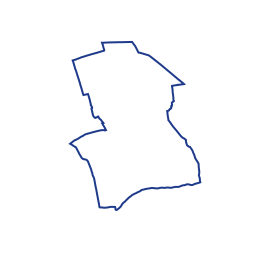 Verbita, Dolj, Romania (Natural Earth projection), rotated 52°
{"feature_id": "2599482B41750361793575", "entity_name": "Verbita", "entity_type": "district", "adm_level": 2, "iso_a3": "ROU", "parent_name": "Romania", "parent_adm1": "Dolj", "projection": "natural_earth1", "projection_center": [23.176, 44.286], "detail": "fine", "context": "isolated", "style": "outline", "palette": "blue", "viewbox_px": 256, "rotation_deg": 52, "n_neighbors": 0, "source": "geoboundaries", "source_scale": "gbopen_adm2", "svg_char_len": 5636}
<svg xmlns="http://www.w3.org/2000/svg" viewBox="0 0 256 256"><g transform="rotate(52 128 128)"><path d="M215.3,104.5L215.0,104.3L213.9,103.8L213.1,103.3L212.2,102.6L210.3,101.8L209.2,101.4L208.8,101.2L208.4,100.7L207.9,100.1L207.6,99.8L206.4,98.8L205.3,98.1L203.1,96.8L202.1,96.1L201.6,95.8L201.2,95.5L200.3,94.9L199.8,94.5L199.6,94.4L197.1,94.0L194.3,93.8L193.7,93.6L193.3,93.6L192.0,93.2L190.4,92.5L189.8,92.3L188.9,92.1L188.3,92.0L185.3,91.1L183.5,90.9L182.5,90.9L182.0,90.9L181.3,90.8L181.2,90.8L180.8,91.0L180.0,91.6L179.2,91.8L178.3,92.0L178.1,92.1L176.5,91.6L175.0,91.0L174.5,90.8L174.2,90.6L173.9,90.4L173.6,90.1L173.2,89.7L172.5,89.8L171.7,90.0L170.9,90.3L170.5,90.3L170.4,90.4L170.0,90.6L169.3,90.9L169.1,91.0L167.9,91.2L167.4,91.3L166.5,91.3L166.1,91.3L161.2,91.4L160.8,91.4L160.4,91.4L159.8,91.4L157.4,91.5L153.9,91.6L152.1,91.5L150.8,91.4L147.6,91.3L146.6,91.3L146.3,91.0L142.2,88.8L140.7,87.8L138.8,86.7L138.7,86.6L138.9,86.2L139.2,85.8L139.3,85.4L139.3,84.9L139.3,84.6L139.0,84.1L138.9,83.8L138.8,83.6L138.8,83.4L138.9,83.1L139.1,82.9L139.1,82.7L138.9,81.8L138.8,81.5L138.6,81.3L138.2,81.2L138.0,80.7L137.4,80.5L137.3,80.4L137.2,80.1L137.2,79.8L137.2,79.6L137.3,79.5L136.6,78.8L136.4,78.8L135.5,78.2L135.3,78.0L135.1,77.9L135.0,77.4L135.0,77.0L134.9,76.7L135.0,76.3L135.1,75.8L135.1,75.5L135.1,75.3L134.8,75.1L133.8,74.9L133.6,74.7L133.1,74.4L132.3,73.8L132.0,73.6L131.7,73.4L131.3,73.1L127.9,71.1L126.7,70.4L126.0,69.8L125.4,69.4L122.0,67.5L121.9,67.4L123.0,65.3L124.6,62.5L124.7,62.2L124.7,61.9L125.1,61.6L125.2,61.4L125.6,60.8L126.2,59.8L126.4,59.3L127.5,57.5L127.9,56.8L127.7,56.8L123.7,57.7L118.9,58.8L99.2,63.0L89.2,65.4L84.1,66.7L83.3,67.1L78.1,70.8L75.9,72.4L75.3,73.1L75.2,73.2L75.1,73.3L73.5,73.0L69.5,72.2L67.4,71.9L65.8,71.9L62.7,71.8L60.7,74.5L59.6,76.0L58.7,77.1L57.8,78.4L56.4,80.3L55.1,81.9L52.2,85.9L51.3,87.0L50.0,88.8L47.8,91.8L45.7,94.8L44.8,96.0L46.1,96.4L46.7,96.6L47.1,96.7L48.5,97.3L49.0,97.6L49.5,97.9L50.2,98.1L50.9,98.3L51.3,98.5L51.8,98.7L52.2,98.9L52.3,99.1L52.3,99.4L52.0,100.1L51.5,101.2L50.0,105.1L49.8,105.6L46.9,112.6L46.6,113.6L46.0,114.9L44.8,118.1L44.7,118.5L44.4,119.1L43.5,121.6L43.3,122.1L43.2,122.7L42.9,123.8L42.2,125.7L42.0,126.3L41.9,126.9L41.9,127.1L40.8,129.7L40.7,130.0L41.7,130.3L42.3,130.5L44.7,131.5L46.6,132.2L47.5,132.6L48.7,133.1L50.4,133.6L51.4,133.9L56.0,135.7L57.5,136.2L59.9,137.1L60.6,137.4L63.2,138.3L64.9,139.1L68.7,140.5L72.8,142.2L74.6,142.8L75.1,141.8L75.8,140.2L76.2,139.5L76.6,138.6L76.9,138.7L80.2,140.0L81.3,140.4L83.5,141.4L84.1,141.7L84.7,142.0L85.6,142.3L86.4,142.7L86.6,142.8L86.7,143.0L86.9,143.2L87.3,143.2L88.8,143.4L89.3,143.5L90.0,143.8L90.2,144.1L90.1,144.8L91.2,145.3L92.3,145.8L93.4,146.3L94.2,146.7L95.0,147.1L95.4,147.3L95.9,147.5L96.5,147.7L97.0,147.9L98.2,148.0L98.4,148.0L99.1,147.8L99.8,147.7L100.0,147.4L99.8,147.2L100.0,147.0L100.1,146.9L100.2,146.5L100.4,145.5L100.4,145.0L100.5,144.5L100.7,144.4L101.0,144.5L101.3,144.6L101.5,144.5L101.8,144.6L102.5,144.7L103.1,144.7L104.1,144.5L104.7,144.4L105.4,144.3L107.5,144.5L108.1,144.3L108.3,144.2L109.0,144.3L108.6,145.5L109.2,145.5L110.5,145.8L112.3,146.0L113.4,146.1L114.0,146.3L114.8,146.4L115.3,146.5L115.5,146.6L115.8,146.7L116.1,146.7L115.9,147.4L115.6,147.8L114.9,148.2L114.7,148.4L114.6,148.6L114.4,148.9L113.9,149.5L113.6,149.9L113.5,150.1L112.9,151.2L111.7,153.7L110.2,157.1L108.5,161.2L107.1,164.5L106.8,165.5L106.6,166.4L106.5,168.1L106.4,168.6L106.0,170.4L105.8,172.5L105.8,173.0L105.6,174.7L104.8,178.0L104.8,180.1L104.8,181.1L104.8,183.3L105.9,182.8L106.8,182.5L108.2,182.1L109.2,181.7L110.1,181.4L111.3,180.9L113.0,181.3L115.5,181.7L117.6,182.1L117.9,182.2L118.2,182.3L120.1,182.5L122.9,182.9L123.2,182.9L124.1,182.6L124.9,182.5L125.2,182.3L125.6,181.8L127.0,180.6L127.4,180.4L128.0,180.2L128.5,180.1L129.1,180.2L129.8,180.1L130.6,180.4L133.0,181.1L133.4,181.2L134.3,181.5L136.8,182.2L137.8,182.5L139.4,183.2L141.0,183.8L141.4,183.8L141.7,184.0L142.1,184.2L142.4,184.4L143.1,184.8L143.4,184.8L143.7,184.9L144.2,185.1L144.9,185.3L145.9,185.4L146.5,185.6L147.4,186.0L154.4,189.7L156.4,190.6L159.6,192.3L161.5,193.3L166.0,195.6L169.1,197.2L172.6,199.1L173.0,199.2L173.9,198.3L174.4,197.6L175.9,196.1L176.1,196.0L176.2,195.8L177.2,194.4L178.4,192.4L179.1,190.8L180.2,189.3L181.9,187.2L182.2,186.8L182.4,186.8L183.8,187.5L184.4,187.8L184.7,188.0L185.0,187.9L185.6,187.4L185.7,186.2L185.7,184.5L185.6,183.3L185.4,181.9L185.1,181.0L184.7,180.4L184.3,179.0L184.1,177.9L184.1,175.6L183.8,173.9L183.5,170.9L183.4,170.4L183.4,169.6L183.4,169.1L183.5,168.1L183.5,167.4L183.4,166.8L183.4,166.2L183.4,165.8L183.7,164.3L183.9,163.3L184.3,161.7L184.4,160.8L184.9,158.7L185.3,157.1L185.3,156.8L185.2,156.5L185.1,156.3L185.2,156.0L185.4,155.1L185.6,154.6L185.8,154.2L186.0,153.8L186.4,153.0L186.9,151.5L187.4,150.8L188.2,149.3L188.9,148.1L189.8,146.3L190.2,145.8L190.8,145.2L191.6,144.3L192.2,143.8L192.8,143.1L193.1,142.8L193.4,142.4L193.5,142.1L194.0,141.6L194.2,141.3L194.4,140.8L194.9,139.6L196.1,137.7L196.3,137.5L196.8,137.1L197.7,136.0L198.0,135.5L198.4,134.8L198.6,134.4L199.3,133.4L200.2,132.4L200.6,132.1L200.8,131.8L201.5,131.1L201.9,130.4L203.4,127.2L203.9,126.4L204.3,126.0L204.8,125.4L205.3,124.8L205.5,124.5L205.6,124.1L205.8,123.7L206.1,122.7L206.4,121.9L206.5,121.4L206.6,120.9L206.7,120.7L206.8,120.4L208.0,118.4L208.3,117.3L208.4,116.8L208.5,116.6L208.8,116.0L209.0,115.8L209.8,114.9L210.4,114.4L211.7,113.5L212.0,113.2L212.6,112.2L212.8,111.6L212.9,111.4L212.9,111.0L213.1,110.0L213.2,109.7L213.6,108.8L214.0,108.1L214.0,107.9L214.0,107.7L214.2,107.3L214.4,106.9L214.6,106.3L214.8,105.9L215.2,104.7L215.3,104.5Z" fill="none" stroke="#1e3a8a" stroke-width="2"/></g></svg>